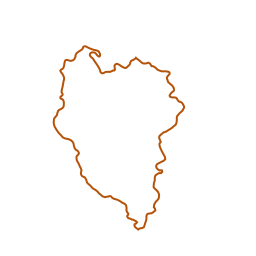 the district of Dokshytsy, Vitebsk, Belarus, rotated 238°
{"feature_id": "67162791B61932293276792", "entity_name": "Dokshytsy", "entity_type": "district", "adm_level": 2, "iso_a3": "BLR", "parent_name": "Belarus", "parent_adm1": "Vitebsk", "projection": "albers", "projection_center": [27.92, 54.818], "detail": "fine", "context": "isolated", "style": "outline", "palette": "amber", "viewbox_px": 256, "rotation_deg": 238, "n_neighbors": 0, "source": "geoboundaries", "source_scale": "gbopen_adm2", "svg_char_len": 5221}
<svg xmlns="http://www.w3.org/2000/svg" viewBox="0 0 256 256"><g transform="rotate(238 128 128)"><path d="M183.3,171.9L183.0,171.3L183.0,170.0L182.9,168.5L183.2,167.1L183.2,166.0L182.5,164.9L181.7,164.1L181.1,163.3L180.7,162.5L180.4,160.6L180.1,159.1L180.1,157.8L180.9,156.9L182.1,156.1L183.2,155.4L184.9,154.7L185.8,154.3L187.2,153.5L188.3,152.6L188.6,151.7L188.5,150.7L188.2,149.8L187.4,149.2L186.7,148.9L185.5,148.4L184.7,148.0L184.1,147.2L184.1,146.6L184.6,146.1L184.7,145.5L184.8,144.4L185.0,143.1L185.2,142.3L185.9,141.4L186.4,140.5L187.1,139.4L187.4,138.4L187.5,137.4L187.5,136.7L187.7,135.7L188.0,135.1L188.8,134.6L189.8,134.4L190.5,134.4L191.7,134.9L192.4,135.0L193.6,135.2L195.4,135.3L197.1,135.3L199.5,135.2L201.4,135.1L203.6,135.0L205.0,135.1L206.3,134.8L207.5,134.3L208.7,134.1L210.1,134.3L210.9,135.0L211.4,136.3L211.2,137.6L210.3,138.9L209.4,139.8L207.6,140.3L205.9,140.4L204.6,140.8L203.8,141.5L204.0,142.4L204.7,143.0L205.2,143.3L206.3,143.6L207.9,143.7L208.6,143.7L210.1,142.7L211.2,141.7L212.1,140.7L213.3,139.7L214.5,138.6L215.6,137.9L216.9,137.0L218.1,136.3L219.5,135.5L220.0,134.9L220.3,134.4L220.5,133.8L220.5,133.0L219.9,132.4L219.6,132.0L219.1,131.0L219.0,130.1L218.9,128.8L218.9,127.1L218.9,126.1L218.8,124.7L218.6,124.0L218.0,122.7L217.4,122.0L216.3,121.3L215.6,120.0L215.0,119.4L214.7,118.4L214.6,117.2L214.9,116.0L215.3,115.0L216.1,114.1L217.4,113.0L218.1,112.3L218.5,111.5L218.5,110.6L218.0,109.8L217.2,109.1L216.5,108.2L215.0,107.1L214.0,106.0L213.3,105.1L212.9,104.0L212.9,103.0L212.9,101.9L212.6,101.2L212.4,100.9L211.6,100.8L210.3,100.8L208.9,101.0L207.4,101.0L205.7,100.7L204.3,100.4L202.5,99.0L202.0,98.2L200.6,97.1L199.6,96.1L198.5,95.2L197.5,94.2L196.4,93.1L195.8,92.4L195.3,92.0L194.3,91.1L193.4,90.6L192.7,90.6L191.3,90.5L190.6,89.9L190.4,88.8L190.2,87.2L189.5,86.6L188.8,86.5L187.9,87.0L187.2,87.5L186.4,87.8L184.7,87.6L183.3,86.9L182.4,86.4L181.8,85.9L180.5,84.9L179.9,84.0L179.6,82.6L179.7,80.8L179.8,78.7L179.4,77.6L179.0,77.2L177.6,75.4L176.9,75.0L176.4,74.2L176.2,73.3L175.9,72.4L175.6,71.8L175.3,70.6L174.4,69.6L173.6,69.1L172.4,68.1L171.0,67.4L169.1,66.8L168.2,66.5L166.0,66.5L164.9,66.4L163.0,66.5L160.9,66.6L159.1,66.9L157.7,67.3L156.2,67.5L155.2,67.6L153.8,68.2L152.7,68.9L151.8,69.8L150.9,70.8L150.3,71.4L149.5,72.1L148.5,72.7L147.7,73.2L146.6,73.4L145.8,73.7L145.0,73.7L143.9,73.6L143.2,73.4L141.9,72.8L141.2,72.6L140.4,72.3L139.5,72.2L138.8,72.1L137.6,72.1L137.1,72.3L136.4,72.7L135.0,73.2L134.4,73.3L133.1,73.2L132.3,72.7L131.9,71.9L131.7,71.0L131.4,70.0L131.1,69.4L130.6,68.8L129.8,68.4L128.8,67.9L127.6,67.5L126.0,67.3L124.4,67.3L121.6,66.9L120.2,66.7L119.0,66.7L117.9,66.5L116.4,65.9L116.2,65.5L115.5,64.8L115.1,64.4L114.3,64.0L113.4,63.6L112.3,63.5L111.5,63.6L110.8,64.0L110.2,64.3L109.9,64.7L109.3,65.0L108.6,65.2L107.2,65.2L106.4,65.2L105.1,64.8L104.1,64.5L103.0,64.4L102.0,64.6L101.3,64.9L100.1,65.2L99.2,65.5L98.3,65.7L96.7,65.9L95.3,66.2L94.5,66.7L93.7,67.1L92.6,67.6L91.5,68.1L90.3,68.4L89.6,68.5L88.6,68.7L87.7,68.8L86.4,69.3L85.2,69.7L83.9,70.0L82.8,70.8L81.5,71.8L81.1,73.3L80.4,74.7L80.2,75.8L79.9,76.5L79.3,77.1L78.8,77.4L78.0,77.5L77.0,77.7L76.3,78.0L75.6,78.4L75.0,79.0L73.9,79.9L73.5,80.4L72.9,80.9L72.2,81.3L71.2,81.9L69.7,82.7L68.4,83.2L67.5,83.8L66.4,84.4L65.8,84.8L64.8,85.2L64.1,85.3L63.2,85.3L62.2,84.9L61.3,84.6L60.3,84.0L59.2,83.1L57.5,82.7L56.5,82.7L55.3,82.9L54.6,82.5L54.2,81.7L53.9,80.8L53.5,80.5L52.7,80.4L52.1,80.4L51.1,80.6L50.6,81.2L50.0,81.9L48.6,82.5L48.1,83.1L47.3,83.9L46.1,84.6L45.3,84.9L44.8,85.4L43.2,85.7L42.8,84.4L42.8,83.8L42.9,82.6L42.1,81.8L41.3,81.7L40.0,81.6L38.7,82.1L36.8,82.8L36.4,83.0L36.7,84.2L36.2,85.8L35.6,87.1L35.5,88.9L36.6,90.3L38.4,92.4L39.9,94.3L41.8,95.9L43.6,97.0L44.6,98.2L44.8,99.2L43.8,101.6L43.2,102.8L43.2,104.7L43.6,107.5L45.6,108.2L47.1,107.9L49.1,109.5L50.1,111.2L50.8,112.7L51.3,115.0L52.0,116.7L54.5,118.8L56.1,119.3L57.8,119.6L60.0,119.3L62.3,118.6L64.0,118.3L65.5,119.2L67.7,120.9L69.3,122.9L71.9,124.5L73.3,126.2L73.4,130.0L72.7,131.5L72.2,132.1L72.6,133.7L73.8,134.4L74.5,133.9L75.2,132.3L76.7,131.5L78.4,131.1L80.2,131.3L81.4,132.3L81.9,133.5L81.9,135.3L81.7,136.8L81.6,138.8L81.3,140.6L81.5,141.9L81.7,142.7L81.8,143.0L83.5,143.9L85.0,144.1L87.8,144.2L89.5,144.3L92.5,144.6L94.8,145.0L96.6,145.5L98.0,146.4L98.5,147.4L98.6,148.1L99.8,148.6L101.8,148.9L103.2,149.2L104.5,150.4L104.9,152.2L105.4,155.8L104.8,158.2L104.8,161.6L104.8,165.3L105.1,166.6L105.3,167.9L105.5,170.2L106.8,171.9L108.2,173.1L109.6,174.1L110.9,174.8L112.0,175.9L112.6,177.8L113.1,179.2L113.6,182.0L114.0,183.8L115.1,185.4L115.4,186.3L117.2,187.1L119.7,187.2L121.0,187.1L122.3,186.2L123.7,185.1L125.5,185.0L127.8,185.0L128.8,184.2L129.4,183.5L130.5,181.7L131.8,180.5L132.6,180.2L133.6,180.6L134.5,182.4L135.0,184.1L135.1,186.1L135.9,187.3L137.8,188.0L140.6,188.0L142.0,187.5L143.9,186.9L145.8,186.4L147.5,186.9L149.0,187.1L150.2,187.7L151.0,189.2L151.4,190.8L151.7,191.6L151.8,191.9L152.5,192.5L153.6,192.5L154.1,192.2L155.9,190.3L156.5,189.3L157.4,187.9L158.3,186.5L160.5,184.8L161.9,183.9L164.9,183.2L167.1,182.0L167.9,180.8L170.9,180.8L172.6,179.9L173.0,178.2L173.5,176.8L174.7,175.1L176.1,174.3L177.6,173.8L178.6,173.6L180.8,172.8L182.3,172.1L183.3,171.9Z" fill="none" stroke="#b45309" stroke-width="2"/></g></svg>